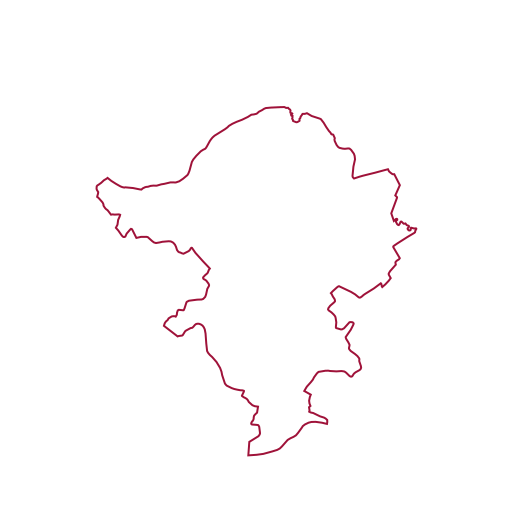 the district of Hong Linh, Ha Tinh, Vietnam, rotated 222°
{"feature_id": "81297802B12079916150099", "entity_name": "Hong Linh", "entity_type": "district", "adm_level": 2, "iso_a3": "VNM", "parent_name": "Vietnam", "parent_adm1": "Ha Tinh", "projection": "orthographic", "projection_center": [105.71, 18.534], "detail": "fine", "context": "isolated", "style": "outline", "palette": "rose", "viewbox_px": 512, "rotation_deg": 222, "n_neighbors": 0, "source": "geoboundaries", "source_scale": "gbopen_adm2", "svg_char_len": 6148}
<svg xmlns="http://www.w3.org/2000/svg" viewBox="0 0 512 512"><g transform="rotate(222 256 256)"><path d="M420.0,206.9L420.7,203.6L421.1,202.3L421.0,201.2L419.7,199.5L419.1,199.0L418.3,198.6L416.0,197.9L415.1,196.6L413.8,193.9L413.4,193.6L412.8,193.8L410.8,193.7L405.8,193.1L403.9,192.3L403.4,191.7L402.5,191.2L400.5,190.7L399.1,190.5L396.8,190.7L391.4,189.7L390.4,191.0L388.8,192.1L385.8,195.1L385.0,195.6L384.5,195.7L383.7,194.0L382.6,190.6L379.9,186.6L379.0,183.2L375.4,182.8L369.8,181.5L368.5,181.3L367.3,181.4L366.5,182.1L366.1,183.0L367.1,186.1L367.2,191.3L367.1,192.5L366.4,192.9L365.4,192.7L357.0,189.4L354.3,193.2L350.4,196.8L349.1,197.6L343.1,197.6L340.9,197.8L339.0,198.7L336.7,201.6L335.1,203.9L332.3,206.9L330.8,208.5L329.1,209.8L327.8,210.2L326.3,210.5L323.8,210.2L321.6,209.3L318.7,207.6L316.7,207.2L315.5,207.4L314.7,207.9L312.7,208.5L311.4,209.2L309.3,214.6L309.2,216.4L309.6,218.0L309.5,218.9L309.0,219.2L303.1,217.8L291.8,216.6L281.9,215.8L281.7,214.0L280.7,211.4L280.6,210.5L281.0,207.4L281.0,204.9L280.7,204.3L279.9,203.9L279.2,203.9L277.7,204.3L276.3,204.4L272.8,203.7L271.4,203.0L270.9,202.2L270.2,199.0L267.3,193.9L266.4,191.6L266.5,188.8L267.3,187.3L270.5,184.2L275.9,177.9L276.7,175.8L276.7,175.1L274.0,169.1L273.5,167.4L273.7,167.0L277.3,164.4L277.7,163.2L276.8,161.1L275.5,159.3L275.1,157.2L276.0,156.9L276.7,156.4L277.9,155.1L278.3,154.4L279.2,151.2L278.8,149.1L279.1,147.3L279.0,146.0L278.8,144.9L277.7,142.5L260.4,143.8L260.0,144.7L257.7,147.4L257.5,148.2L258.3,152.6L258.1,153.8L256.4,158.6L255.3,160.1L255.2,161.7L255.3,163.8L255.0,165.4L254.1,166.6L253.0,167.5L251.3,168.2L249.2,168.5L247.1,168.1L245.0,167.2L241.6,164.6L234.3,157.6L228.8,152.7L226.9,152.0L224.2,151.6L221.0,151.6L214.4,150.8L207.8,148.8L204.2,146.9L201.4,144.8L193.7,140.4L191.6,140.1L190.9,140.1L185.6,141.6L183.2,142.6L180.5,144.1L177.9,145.7L176.0,147.2L174.8,147.7L174.3,147.2L173.0,142.8L172.7,142.6L170.7,142.8L169.0,143.3L167.3,143.6L165.6,143.4L163.7,142.7L158.9,142.7L156.5,143.5L153.7,145.4L150.4,140.3L150.6,138.1L150.6,136.2L150.3,135.5L149.6,134.4L148.8,133.4L148.4,132.5L148.1,131.6L148.2,130.6L147.9,129.1L147.3,128.1L146.5,128.0L146.1,128.2L142.7,130.8L141.4,131.7L140.6,131.7L139.3,131.2L135.1,127.6L134.3,126.8L133.8,125.7L133.6,123.7L136.6,113.4L128.3,102.7L122.5,108.7L118.1,113.9L113.1,121.7L110.5,126.1L109.5,128.9L109.3,131.8L109.4,140.5L108.4,143.7L107.1,146.7L106.3,149.5L106.4,152.7L107.1,159.4L107.4,160.8L106.9,163.6L105.4,167.3L103.8,169.7L100.8,172.6L95.5,176.2L90.9,178.7L92.0,180.4L93.4,181.8L95.6,181.8L97.4,181.4L101.1,179.7L108.4,177.6L110.7,176.3L112.3,175.9L112.9,177.1L115.4,179.1L115.2,181.0L117.6,182.2L119.7,184.0L121.6,187.2L122.5,189.6L129.8,188.0L130.5,191.3L130.8,193.0L130.8,198.8L131.0,202.1L131.7,204.7L132.2,209.5L132.0,211.7L127.7,217.1L125.6,219.1L124.0,220.1L119.0,224.1L115.5,227.7L113.7,228.9L113.0,229.3L112.0,229.5L110.8,229.6L106.0,229.4L104.6,229.9L104.0,231.0L104.5,234.0L104.4,234.8L104.2,236.2L102.7,240.5L102.6,242.0L103.1,243.3L104.4,244.4L108.7,246.8L109.5,247.6L110.2,248.6L111.0,249.0L113.7,249.5L116.9,249.4L122.1,248.8L124.2,249.1L124.9,249.4L125.4,249.9L126.5,251.9L127.1,252.6L129.5,253.6L133.4,254.7L134.7,255.4L135.1,255.8L136.2,264.5L137.4,269.0L137.9,270.6L138.4,271.3L139.8,271.4L141.4,270.3L142.2,269.3L142.2,261.2L142.9,259.2L143.7,258.3L148.2,256.1L149.0,256.5L151.9,260.4L155.3,263.2L156.7,264.1L159.0,264.5L162.1,264.6L165.6,264.2L166.7,264.5L167.3,265.6L167.6,268.7L166.9,274.2L167.0,275.2L167.8,276.0L168.9,276.6L171.7,277.3L174.2,278.3L175.5,278.5L175.4,281.4L174.8,287.1L174.5,288.4L174.1,289.1L161.4,292.9L156.7,293.8L152.0,294.0L151.0,294.5L150.6,295.2L150.2,296.9L150.0,298.9L149.5,301.0L146.7,310.7L145.0,319.2L144.1,319.1L142.2,317.6L141.4,317.4L140.9,321.4L140.8,326.5L141.1,329.7L144.9,331.0L145.6,331.7L145.9,332.9L146.2,334.4L146.3,343.1L147.9,344.3L148.2,344.7L148.3,345.5L148.2,346.8L147.5,349.3L147.7,350.6L159.8,354.4L160.2,354.7L160.4,355.1L160.3,356.0L159.4,359.8L156.2,371.4L153.8,379.1L153.7,380.0L154.6,381.6L154.9,383.2L155.2,383.6L155.6,383.6L157.0,382.2L159.7,380.8L159.7,380.3L158.7,379.2L158.5,378.5L158.8,377.9L159.3,377.4L160.8,377.3L161.6,377.7L161.8,378.1L161.9,380.0L162.3,380.5L163.0,380.5L164.7,379.8L166.7,380.2L167.4,379.2L167.9,378.8L170.9,378.9L171.3,378.6L171.4,378.0L170.6,375.7L170.6,374.5L171.0,374.2L172.4,374.1L175.0,375.1L175.4,375.6L175.2,377.3L175.5,377.7L175.8,377.9L176.3,377.8L176.8,377.1L177.0,374.3L184.0,378.2L190.2,393.7L190.7,394.1L193.0,394.2L196.5,404.9L208.0,409.3L208.9,408.4L209.6,408.1L211.7,407.9L213.8,407.9L216.0,408.8L223.3,397.5L230.2,387.3L232.2,384.1L235.0,379.2L236.7,379.3L237.8,380.0L243.4,387.6L247.1,394.1L249.7,396.4L251.7,397.5L256.3,398.5L258.4,398.4L259.5,397.6L261.7,395.1L263.6,393.7L266.4,392.2L268.0,392.0L270.3,392.4L274.4,394.1L275.6,395.0L276.3,396.3L279.7,397.8L280.3,397.7L281.2,397.0L281.8,397.0L283.2,397.5L285.4,397.7L290.0,398.8L294.9,400.3L299.3,401.1L299.8,401.0L301.1,400.5L308.3,397.3L313.7,396.2L314.3,395.1L315.1,394.0L316.4,392.9L316.5,392.5L316.2,391.2L316.1,389.5L315.4,388.2L315.4,386.9L314.3,385.9L314.1,385.5L314.8,383.4L315.2,382.7L315.7,382.3L318.6,381.2L319.0,381.2L319.7,381.9L321.0,382.2L321.5,383.3L322.0,383.7L322.5,384.5L323.6,384.0L324.5,384.4L324.5,384.9L324.2,385.7L324.3,386.1L324.9,386.1L325.5,385.6L326.3,385.5L326.9,386.0L327.7,387.2L328.6,387.6L329.9,387.4L331.3,387.6L332.7,386.2L334.5,385.7L336.8,383.6L344.2,376.3L347.7,372.5L348.5,370.8L349.1,368.5L350.4,365.1L350.6,362.7L351.0,361.7L352.4,359.7L354.0,357.9L355.1,353.9L357.5,348.0L360.2,342.7L362.0,338.5L363.2,334.6L363.3,332.5L363.9,329.5L367.3,317.7L367.6,315.0L367.5,312.7L367.2,310.4L365.8,304.5L365.5,302.6L365.5,301.7L366.4,299.5L367.1,296.9L367.4,290.5L367.2,285.8L366.6,283.0L362.5,274.9L361.4,271.9L361.1,270.3L361.9,264.6L363.0,260.2L364.8,257.0L368.8,253.5L372.4,248.3L374.4,245.8L376.8,241.9L379.5,239.5L381.2,237.6L382.6,235.2L383.8,233.9L384.5,232.8L385.4,230.5L385.6,228.7L387.0,227.7L392.9,224.2L399.2,219.5L399.7,218.7L401.5,217.7L403.4,217.0L408.4,215.9L413.8,215.0L418.6,214.7L418.7,213.7L419.7,210.5L420.0,206.9Z" fill="none" stroke="#9f1239" stroke-width="2"/></g></svg>